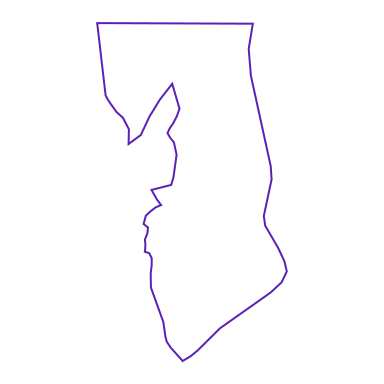 the border of Compostela Valley
{"feature_id": "PHL-2592", "entity_name": "Compostela Valley", "entity_type": "Province", "adm_level": 1, "iso_a3": "PHL", "parent_name": "Philippines", "parent_adm1": "", "projection": "natural_earth1", "projection_center": [125.941, 7.522], "detail": "fine", "context": "isolated", "style": "outline", "palette": "violet", "viewbox_px": 384, "rotation_deg": 0, "n_neighbors": 0, "source": "natural_earth", "source_scale": "10m", "svg_char_len": 862}
<svg xmlns="http://www.w3.org/2000/svg" viewBox="0 0 384 384"><path d="M182.7,361.0L170.7,347.6L166.8,341.8L165.4,336.5L163.3,321.9L150.9,287.5L150.7,273.1L151.7,265.3L151.7,258.2L149.3,253.2L144.8,251.7L145.2,249.0L145.4,244.4L144.9,239.6L147.4,233.2L148.0,227.5L143.6,224.0L145.8,215.7L150.6,211.3L155.7,207.3L161.1,205.1L156.8,199.3L151.5,189.9L171.2,184.9L173.4,177.6L176.6,154.7L173.9,142.4L170.3,137.9L167.5,133.1L169.7,128.4L173.1,123.4L176.8,116.3L179.5,108.6L172.2,83.8L160.0,99.4L149.4,116.7L140.8,135.0L128.6,144.0L128.9,129.3L122.9,117.7L116.6,112.1L110.3,103.4L107.7,99.4L105.6,95.3L97.2,23.1L252.8,23.7L248.7,48.9L250.9,75.7L270.7,166.1L271.6,179.4L263.8,216.0L265.2,225.7L278.1,247.8L284.4,261.2L286.8,271.4L281.7,282.2L270.9,292.3L220.1,328.2L197.6,350.5L190.4,356.4L182.8,360.9L182.7,361.0Z" fill="none" stroke="#5b21b6" stroke-width="2"/></svg>